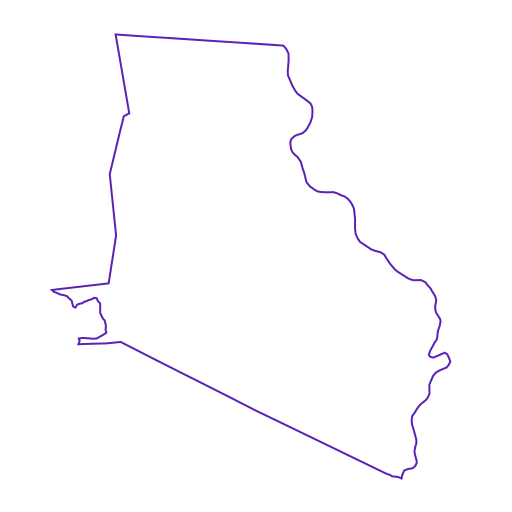 São Francisco do Maranhão, Maranhão, Brazil, rotated 4°
{"feature_id": "56859067B13604855436090", "entity_name": "São Francisco do Maranhão", "entity_type": "district", "adm_level": 2, "iso_a3": "BRA", "parent_name": "Brazil", "parent_adm1": "Maranhão", "projection": "mercator", "projection_center": [-43.076, -6.208], "detail": "fine", "context": "isolated", "style": "outline", "palette": "violet", "viewbox_px": 512, "rotation_deg": 4, "n_neighbors": 0, "source": "geoboundaries", "source_scale": "gbopen_adm2", "svg_char_len": 2555}
<svg xmlns="http://www.w3.org/2000/svg" viewBox="0 0 512 512"><g transform="rotate(4 256 256)"><path d="M416.7,467.8L417.2,464.1L418.8,459.7L422.1,458.0L427.1,456.8L429.6,454.2L430.8,451.0L430.3,448.3L428.2,442.4L427.7,439.5L428.3,434.6L429.0,431.8L428.8,428.2L426.2,420.6L424.7,416.4L423.4,413.1L422.7,408.8L423.1,404.6L425.6,400.6L427.0,397.6L430.2,392.8L435.8,387.5L437.3,385.1L438.7,381.1L437.9,372.2L441.0,363.3L443.1,360.3L444.8,358.8L447.9,356.9L453.9,353.9L455.7,351.4L457.2,347.9L456.0,344.9L453.6,340.6L451.0,339.3L440.1,345.0L437.0,344.5L435.3,342.6L436.3,338.6L440.4,329.6L441.9,327.3L442.5,324.5L442.5,320.6L442.9,317.2L444.1,313.1L444.7,308.3L444.1,306.1L439.6,299.9L438.7,297.4L438.2,293.6L438.9,287.9L438.3,285.4L437.3,283.2L434.0,278.6L431.9,275.6L429.9,273.9L428.4,272.2L426.8,270.4L422.4,268.5L415.0,269.2L412.4,268.7L409.3,267.7L398.4,261.8L395.5,259.7L390.8,255.0L388.8,252.5L386.2,249.2L384.0,245.8L380.0,243.6L374.4,242.5L370.6,241.4L358.8,234.7L356.3,231.5L353.9,227.1L352.9,221.7L352.3,212.6L351.2,206.2L350.4,202.0L349.3,199.7L347.1,196.2L345.5,194.4L343.5,192.5L340.2,190.4L336.2,189.3L332.3,187.7L328.6,186.9L321.5,187.6L315.4,187.6L312.4,187.1L309.8,185.8L304.8,182.7L301.2,178.8L298.0,168.9L296.4,165.4L294.1,158.8L290.3,154.1L288.3,152.8L285.2,150.0L283.5,146.9L282.4,141.4L282.4,139.3L283.3,136.6L286.2,133.6L288.5,132.4L293.6,130.4L296.8,127.4L298.7,124.1L301.0,118.9L302.3,113.5L302.3,108.7L302.0,105.1L301.4,102.9L299.8,100.1L296.6,97.8L289.5,93.4L286.4,91.4L284.5,89.5L281.0,84.6L278.8,80.4L275.3,73.6L274.8,69.9L274.9,58.5L274.3,51.7L271.6,47.2L268.6,44.2L188.2,44.5L121.1,44.8L104.9,44.8L100.5,44.8L103.1,55.3L119.6,122.5L114.3,125.9L113.5,131.3L112.1,138.6L104.4,184.5L105.9,193.2L115.0,245.3L113.8,259.6L113.5,263.3L110.9,293.6L60.6,303.0L54.8,304.2L57.0,305.9L60.1,306.8L62.8,307.9L65.5,308.3L68.1,308.7L70.1,309.2L72.1,311.0L75.3,313.5L76.1,316.2L77.2,319.2L79.5,320.0L81.1,316.9L83.6,315.9L86.2,315.2L87.8,313.6L89.8,313.0L92.0,311.7L94.9,310.7L97.3,309.0L100.2,309.3L101.2,311.7L103.8,314.2L104.1,317.2L104.3,319.8L104.5,323.5L106.2,326.8L107.8,329.3L109.6,330.9L110.2,333.2L111.1,335.5L111.1,337.6L111.1,340.0L112.0,343.0L108.1,346.0L105.9,347.3L103.2,349.3L101.0,349.7L99.0,349.9L91.6,349.8L88.7,349.8L85.0,350.7L86.0,353.1L85.0,356.4L98.3,355.0L112.2,353.7L123.5,351.8L127.0,351.2L166.0,367.8L182.7,374.8L187.8,377.0L191.5,378.5L242.5,399.9L245.0,401.0L266.3,410.1L301.9,424.3L362.8,448.7L401.0,464.0L404.6,464.9L407.2,466.3L413.1,466.5L416.7,467.8Z" fill="none" stroke="#5b21b6" stroke-width="2"/></g></svg>